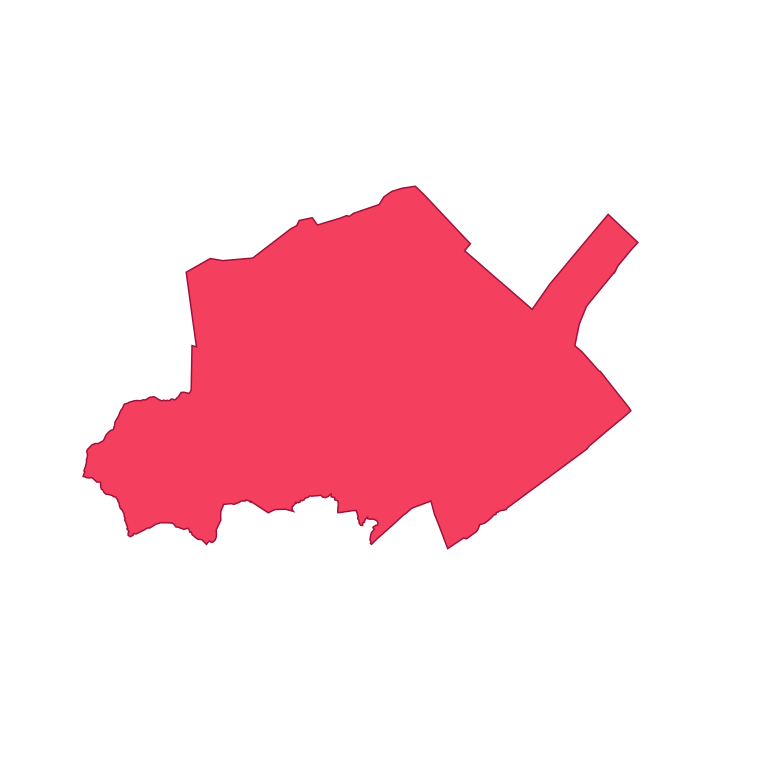 the district of Texcaltitlán, México, Mexico, rotated 30°
{"feature_id": "50627088B83838982860206", "entity_name": "Texcaltitlán", "entity_type": "district", "adm_level": 2, "iso_a3": "MEX", "parent_name": "Mexico", "parent_adm1": "México", "projection": "robinson", "projection_center": [-99.939, 18.941], "detail": "fine", "context": "isolated", "style": "filled", "palette": "rose", "viewbox_px": 768, "rotation_deg": 30, "n_neighbors": 0, "source": "geoboundaries", "source_scale": "gbopen_adm2", "svg_char_len": 6134}
<svg xmlns="http://www.w3.org/2000/svg" viewBox="0 0 768 768"><g transform="rotate(30 384 384)"><path d="M521.5,494.7L530.1,477.2L531.0,477.3L532.9,476.8L537.7,465.9L538.1,463.3L537.8,460.9L537.2,458.0L540.6,454.3L541.0,453.7L542.7,449.7L544.1,445.0L544.6,442.4L545.1,442.0L546.0,441.3L546.1,440.6L546.0,440.2L545.5,439.2L547.1,437.5L547.5,436.2L549.1,434.7L550.7,433.4L552.6,431.7L552.6,429.7L553.1,428.7L554.7,425.0L555.8,422.5L559.6,413.8L564.0,403.6L573.5,382.0L582.9,360.3L592.3,338.7L592.7,335.1L601.9,309.5L608.7,291.3L611.2,283.8L608.5,282.3L598.3,278.2L580.8,271.3L565.0,264.9L563.4,265.2L551.0,261.0L539.8,257.3L530.1,255.4L523.1,234.2L520.5,215.2L524.0,193.7L527.6,172.2L528.0,172.3L527.5,164.7L531.1,143.6L533.2,134.5L527.6,133.2L510.9,129.2L493.3,125.0L489.5,146.6L485.2,171.0L480.0,201.2L479.1,206.3L477.7,214.1L475.0,245.3L463.8,243.1L452.7,241.0L441.5,238.8L430.3,236.7L427.6,236.2L411.4,233.0L398.0,230.4L387.2,228.3L388.7,219.3L381.9,217.4L365.5,212.5L351.9,208.4L338.3,204.3L324.7,200.2L312.2,197.1L301.7,205.5L294.7,213.0L293.4,215.4L290.3,222.2L290.1,231.0L281.7,240.6L272.3,251.4L270.2,256.1L267.4,256.9L262.8,262.6L254.8,271.1L246.8,279.6L238.7,275.9L228.8,284.8L229.2,290.6L225.7,296.1L216.5,318.4L207.3,340.6L195.0,349.2L182.7,357.8L170.8,362.2L163.0,375.5L156.8,386.1L169.3,402.2L180.5,416.7L191.7,431.1L203.0,445.6L198.5,446.7L209.1,465.9L219.8,485.2L220.0,486.6L220.2,488.1L220.0,488.5L219.9,489.3L219.2,490.0L218.4,490.0L217.0,490.6L215.2,491.0L213.7,491.9L213.1,492.4L212.5,492.8L212.4,495.8L212.3,497.9L211.6,499.8L211.4,501.1L210.7,502.3L210.0,502.6L209.1,502.6L208.4,502.7L207.4,503.4L206.9,504.4L207.0,505.0L206.3,505.8L205.5,506.2L204.7,506.4L204.1,506.8L203.6,507.3L203.0,507.9L202.3,507.9L201.8,507.9L201.1,508.3L200.4,509.6L199.2,509.8L197.6,510.0L196.4,510.1L194.1,510.0L191.7,510.0L190.7,510.3L190.0,510.9L189.7,511.5L189.2,511.8L188.8,511.8L188.0,512.4L187.0,513.9L186.1,515.8L185.1,517.2L183.6,517.9L182.5,519.0L181.8,520.0L181.0,520.5L180.0,521.0L178.9,521.5L177.8,522.2L175.8,523.7L173.5,526.1L173.1,526.6L172.3,527.3L172.0,528.2L171.2,529.2L170.2,530.4L169.6,530.7L169.3,531.3L169.2,532.3L169.3,533.5L169.5,534.6L169.6,536.4L169.4,537.1L169.3,538.6L169.4,540.1L169.5,541.2L169.8,542.5L170.0,544.4L170.1,545.2L170.0,550.7L170.1,551.3L170.2,551.7L171.3,554.5L171.6,555.8L171.8,556.6L172.4,558.4L172.0,559.3L171.3,560.0L170.6,560.6L170.0,562.1L169.6,563.2L169.3,564.6L169.0,565.8L168.9,566.6L168.9,567.6L168.9,568.6L169.1,570.5L169.3,571.4L169.2,572.4L169.2,573.2L168.8,574.4L168.2,575.3L167.8,575.8L167.0,577.2L166.4,578.2L165.6,578.9L164.5,579.4L163.4,580.3L161.9,582.2L161.3,583.3L161.0,584.4L160.7,586.1L160.3,587.5L160.1,588.6L160.1,590.7L160.9,591.7L162.4,593.2L163.2,594.8L163.6,595.7L163.8,596.9L164.2,598.4L164.8,599.5L165.4,600.4L166.1,602.3L166.2,603.5L166.6,604.0L167.1,606.9L167.3,607.5L167.4,609.0L167.7,609.4L168.8,609.7L168.9,610.5L169.1,612.3L169.5,613.7L169.7,614.6L171.5,613.8L173.3,613.8L174.8,613.1L176.3,612.4L177.8,611.0L184.2,612.5L187.1,611.0L188.1,611.3L189.8,614.4L191.9,616.5L193.3,616.3L194.9,617.3L195.8,617.9L198.4,618.5L200.3,617.5L204.2,616.5L206.2,616.8L208.1,616.1L210.5,617.2L211.8,617.7L211.8,618.2L212.6,619.0L214.1,619.5L215.8,621.8L218.3,623.9L219.2,623.6L221.3,624.8L223.7,626.4L225.6,628.9L226.4,629.1L226.9,629.9L227.5,631.5L228.2,632.1L229.2,632.7L230.0,633.3L230.8,633.9L231.1,634.0L231.3,634.8L232.4,635.1L233.1,636.0L233.4,636.6L234.1,637.0L233.9,637.4L233.8,638.1L235.1,638.4L236.3,639.0L237.1,639.8L236.7,640.2L237.1,641.2L238.1,643.0L240.8,643.0L241.8,641.2L242.3,640.7L242.1,638.7L244.4,637.7L249.0,630.8L251.2,626.9L253.1,625.9L256.5,619.6L260.3,615.5L261.0,615.2L262.0,614.7L265.8,612.5L268.7,611.1L270.1,610.3L271.9,610.5L273.3,610.9L275.4,611.9L277.2,610.9L279.7,610.6L281.4,610.2L283.2,610.1L285.5,607.9L286.0,607.1L287.6,607.3L288.7,608.0L289.7,609.4L291.3,608.6L293.0,610.4L297.3,611.2L300.6,611.5L303.9,609.9L307.0,610.7L310.5,611.7L310.6,609.5L311.0,607.8L311.7,607.3L313.4,607.5L314.1,607.3L314.6,606.7L315.7,604.0L315.4,600.7L314.5,598.7L311.6,594.0L310.8,583.5L308.5,579.9L306.4,575.9L305.4,568.4L311.5,564.0L314.2,563.3L317.7,559.0L318.8,556.8L322.5,554.5L322.4,553.5L324.8,552.8L327.7,553.0L327.9,553.0L327.6,552.3L348.2,553.4L352.3,547.3L361.3,541.7L369.2,539.6L367.4,538.9L366.0,536.4L366.3,534.8L366.8,533.1L366.8,532.0L366.5,530.9L367.7,530.9L367.7,530.2L369.2,529.6L369.7,528.8L370.0,528.6L370.3,528.1L370.1,527.6L369.9,527.1L370.3,526.3L371.1,526.3L372.8,524.2L372.8,522.6L373.2,521.9L373.5,521.4L374.4,520.7L374.9,520.1L375.1,519.7L375.2,518.8L375.3,518.5L376.0,517.8L377.1,517.5L378.7,516.5L380.3,515.2L382.2,514.1L383.4,513.2L384.3,512.3L385.1,512.0L386.0,512.2L386.6,512.4L387.5,512.7L388.2,512.3L388.8,512.0L390.0,511.8L390.5,511.3L391.2,510.2L391.8,509.7L392.2,508.7L392.3,507.6L392.8,506.6L393.2,505.9L393.4,506.3L394.1,507.3L394.6,508.1L398.0,507.1L399.2,508.9L399.9,508.9L401.4,508.4L402.3,508.2L403.8,509.8L404.8,511.7L405.4,512.6L405.7,513.8L407.7,517.5L408.5,518.5L408.7,518.3L410.1,517.4L411.3,516.4L413.5,514.7L414.5,513.8L415.6,513.0L415.8,512.9L417.0,511.9L418.8,510.5L419.0,510.3L419.9,509.5L423.2,507.5L424.1,508.4L425.0,509.0L425.9,509.8L426.4,510.6L427.7,511.4L428.0,512.7L428.8,514.0L430.3,514.5L431.4,515.9L431.8,516.8L432.7,517.3L434.5,518.1L435.8,517.3L436.2,517.2L435.2,515.0L435.5,514.5L436.2,513.2L435.8,512.5L435.4,510.3L436.4,507.7L437.0,508.9L438.7,508.4L439.8,507.9L442.2,506.4L443.5,506.2L445.8,506.0L446.1,506.0L448.1,507.2L448.2,507.4L448.5,507.9L448.9,508.6L449.0,509.2L448.8,509.7L448.6,509.7L448.1,510.0L447.8,510.1L447.5,510.4L447.4,510.8L447.2,511.3L447.0,511.7L446.9,512.1L446.7,512.5L446.5,512.8L446.2,512.9L446.1,513.3L446.2,513.7L446.3,513.9L446.5,514.1L446.8,514.1L447.3,514.3L447.6,514.4L448.0,514.7L448.3,514.8L448.1,515.3L447.4,518.9L448.3,522.4L449.8,526.1L451.5,526.9L451.9,528.8L453.4,529.1L455.5,521.3L456.6,518.0L457.9,514.3L459.3,509.8L459.7,509.0L460.0,507.6L460.6,505.9L461.8,502.6L466.3,487.9L467.4,485.8L470.0,478.3L470.6,477.4L471.2,476.4L483.2,461.9L493.4,472.1L494.9,473.1L505.0,481.2L521.5,494.7Z" fill="#f43f5e" stroke="#9f1239" stroke-width="1.5"/></g></svg>